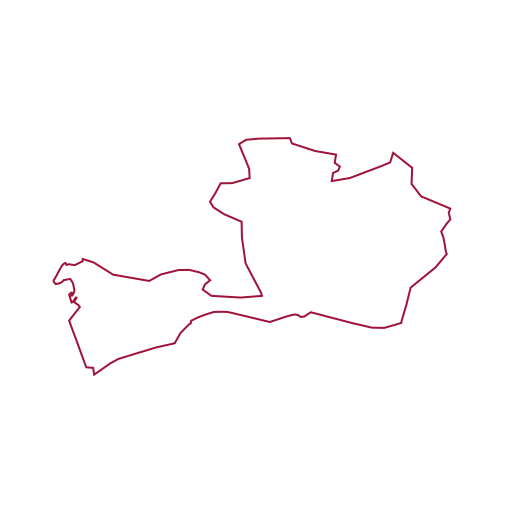 the district of Wad Bandah, North Kordufan, Sudan, rotated 250°
{"feature_id": "16777658B16794991274557", "entity_name": "Wad Bandah", "entity_type": "district", "adm_level": 2, "iso_a3": "SDN", "parent_name": "Sudan", "parent_adm1": "North Kordufan", "projection": "equal_earth", "projection_center": [27.688, 13.304], "detail": "fine", "context": "isolated", "style": "outline", "palette": "rose", "viewbox_px": 512, "rotation_deg": 250, "n_neighbors": 0, "source": "geoboundaries", "source_scale": "gbopen_adm2", "svg_char_len": 3404}
<svg xmlns="http://www.w3.org/2000/svg" viewBox="0 0 512 512"><g transform="rotate(250 256 256)"><path d="M206.3,92.0L206.1,96.6L206.0,98.1L205.2,113.8L205.0,116.0L204.8,119.8L204.3,130.1L204.0,132.3L203.8,134.0L203.5,136.7L201.9,148.6L202.1,148.7L201.9,150.0L202.1,150.1L207.9,156.9L209.5,158.8L212.8,165.7L213.5,167.3L213.8,167.8L214.4,169.2L214.6,169.8L215.0,171.2L215.0,171.5L215.2,172.0L215.5,172.0L215.9,172.0L216.1,172.0L216.3,172.1L216.5,172.1L216.8,172.3L217.1,172.8L217.4,173.3L217.7,176.4L218.2,180.9L218.2,181.4L218.2,182.8L218.2,183.6L218.2,186.1L218.2,188.8L218.1,192.3L217.8,197.3L216.3,201.8L215.2,205.1L214.6,206.5L213.4,209.4L213.2,210.0L210.8,213.8L207.5,218.8L200.7,229.2L199.3,231.2L194.3,238.8L191.7,242.7L190.4,244.7L189.2,246.5L189.2,249.6L189.0,254.3L188.8,263.1L188.7,264.2L188.4,267.9L187.9,272.2L186.9,273.9L186.4,274.7L185.9,275.5L185.3,275.9L183.4,277.2L183.0,279.2L182.8,279.8L182.6,280.5L182.9,281.6L183.8,285.6L184.0,286.5L184.1,287.2L184.4,288.3L182.8,290.5L181.8,292.0L181.0,293.2L178.5,296.8L171.4,307.0L169.6,309.6L169.4,310.0L164.1,317.6L163.1,319.0L162.9,319.4L160.1,323.4L159.5,324.3L154.4,332.2L153.8,333.1L153.5,333.5L152.9,334.4L149.0,340.4L148.1,342.7L147.0,345.6L144.6,351.9L144.6,352.0L144.1,358.6L143.7,365.2L143.5,367.7L143.4,369.2L143.4,369.6L143.6,369.6L143.9,369.8L144.3,370.1L145.9,371.1L158.4,380.4L173.4,390.5L178.5,405.3L183.9,420.8L192.6,435.9L195.8,436.0L201.7,437.2L209.1,438.4L215.6,438.4L220.9,445.8L224.0,451.2L230.7,451.9L234.1,454.8L255.5,431.6L270.5,426.8L285.5,432.9L306.0,420.2L298.1,414.1L297.6,403.8L297.2,370.7L300.5,352.8L307.6,356.8L308.2,362.5L311.3,365.4L316.6,361.8L323.9,365.9L334.5,347.4L349.4,328.3L355.2,328.1L365.3,298.9L368.6,286.4L366.9,278.3L340.4,279.4L331.4,276.7L332.6,258.6L336.4,247.6L328.8,239.1L322.7,231.3L316.2,232.7L306.0,240.5L293.1,254.2L278.2,249.1L252.7,243.7L219.7,248.2L216.5,247.9L222.2,227.4L233.8,200.5L242.7,194.4L246.8,198.4L248.9,204.6L255.9,201.7L260.1,197.1L265.8,188.5L269.3,178.4L271.2,160.5L269.1,147.1L287.3,115.4L305.5,101.2L312.2,92.5L312.4,92.2L312.1,92.1L310.3,91.1L310.3,90.5L309.9,87.1L309.4,82.4L310.2,81.2L311.2,79.3L312.1,77.8L312.2,77.1L312.3,76.0L312.3,75.2L312.8,74.7L313.3,74.9L313.5,74.9L314.5,74.7L314.7,73.4L314.6,73.1L314.0,71.9L313.6,70.9L313.3,70.3L313.0,69.9L309.1,65.4L308.9,65.3L308.8,65.1L308.0,64.2L307.3,63.5L305.6,61.6L304.5,60.2L303.6,59.3L303.4,59.0L302.8,58.1L302.6,57.8L302.4,57.5L300.7,57.2L298.2,58.1L298.0,59.0L297.8,60.2L297.6,61.4L297.6,61.6L297.6,62.2L297.6,62.9L297.7,63.3L297.7,63.9L297.7,64.1L297.8,64.2L299.1,67.3L299.0,67.5L298.0,73.6L293.5,74.6L292.8,74.7L285.7,73.6L283.4,71.9L282.2,70.4L281.7,69.9L281.8,69.7L281.9,69.0L282.7,69.9L284.1,70.6L284.7,70.2L284.6,69.8L284.5,69.2L284.4,69.0L283.6,67.2L275.4,66.8L275.4,67.2L275.4,67.4L275.4,67.6L276.7,70.0L277.1,70.4L277.6,71.1L278.1,71.7L278.4,72.1L278.6,72.3L278.3,73.0L277.8,72.8L277.4,72.2L277.1,71.6L275.0,69.4L273.4,70.3L270.8,72.3L268.3,73.0L265.9,69.0L262.5,63.6L261.6,62.1L259.3,58.5L259.2,58.3L258.7,58.3L257.0,58.3L255.7,58.3L248.2,58.3L240.0,58.4L238.3,58.4L235.4,58.4L232.4,58.4L231.4,58.4L228.8,58.4L228.2,58.4L221.2,58.4L220.2,58.4L217.5,58.4L215.9,58.4L211.7,58.4L210.8,58.4L209.5,58.4L206.6,64.7L205.2,64.4L202.3,63.8L201.9,63.7L200.7,63.5L199.9,63.4L200.8,66.8L201.2,68.4L204.7,81.4L204.9,82.0L205.5,85.9L206.3,91.2L206.3,92.0Z" fill="none" stroke="#9f1239" stroke-width="2"/></g></svg>